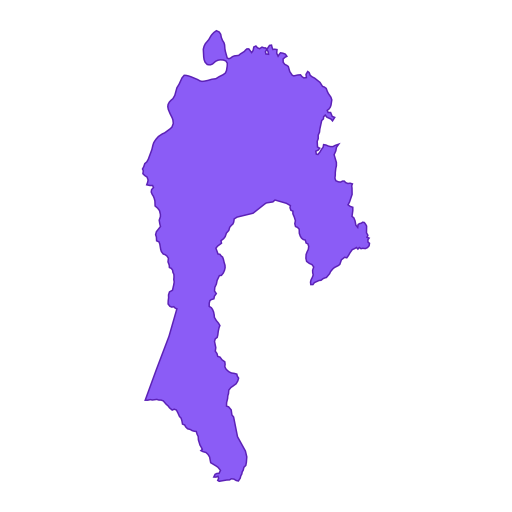 outline of Canoinhas, Santa Catarina, Brazil
{"feature_id": "56859067B63837267394953", "entity_name": "Canoinhas", "entity_type": "district", "adm_level": 2, "iso_a3": "BRA", "parent_name": "Brazil", "parent_adm1": "Santa Catarina", "projection": "equal_earth", "projection_center": [-50.514, -26.306], "detail": "fine", "context": "isolated", "style": "filled", "palette": "violet", "viewbox_px": 512, "rotation_deg": 0, "n_neighbors": 0, "source": "geoboundaries", "source_scale": "gbopen_adm2", "svg_char_len": 6015}
<svg xmlns="http://www.w3.org/2000/svg" viewBox="0 0 512 512"><path d="M142.5,169.0L143.3,170.8L142.9,173.7L144.7,175.5L147.1,177.1L148.1,180.0L147.6,182.4L146.7,184.8L149.9,185.5L152.6,185.5L153.5,187.5L151.6,189.6L151.2,192.0L152.2,194.4L153.3,196.1L154.1,198.0L154.9,200.9L155.1,206.0L157.6,208.1L159.5,210.6L160.4,214.4L160.4,216.7L159.2,220.2L159.8,223.8L160.5,226.5L156.4,231.7L155.6,234.7L156.4,237.1L156.6,240.8L159.0,241.9L159.8,244.1L160.7,249.5L161.4,251.6L163.2,254.0L165.2,254.7L166.9,256.0L168.4,258.2L168.0,261.9L169.2,265.0L169.4,267.5L171.3,268.4L172.6,270.2L172.9,272.3L173.9,274.4L174.0,277.0L173.8,279.5L174.2,282.0L173.7,284.9L172.5,290.2L169.5,291.9L168.5,294.9L168.6,297.7L168.2,300.8L168.1,304.0L169.9,306.3L171.8,307.1L173.7,306.7L175.3,308.2L176.9,308.8L169.0,336.3L156.4,369.5L145.2,400.2L147.7,400.2L150.3,399.6L152.3,400.0L156.9,399.4L158.6,400.0L161.1,400.1L163.3,400.9L166.3,404.4L168.0,405.8L169.5,407.8L172.2,410.1L174.2,409.2L176.4,410.0L177.9,412.9L179.5,416.5L181.1,418.2L181.9,420.8L182.5,424.1L184.7,425.0L185.6,426.8L187.6,428.8L190.3,429.5L192.1,430.6L194.1,431.2L196.3,431.5L197.1,434.3L198.2,436.5L198.4,439.9L200.0,445.1L201.4,447.5L202.3,449.3L200.9,450.6L202.9,451.6L206.0,452.5L208.0,454.4L209.6,457.0L210.7,462.7L216.0,465.9L217.9,467.2L220.5,470.4L219.0,473.4L217.0,473.4L215.1,474.3L213.8,477.0L216.0,477.1L218.0,476.3L218.6,478.4L217.7,480.4L219.2,481.3L226.8,480.0L229.5,479.9L231.4,478.8L233.9,479.1L236.2,480.5L238.4,481.0L240.2,478.2L240.8,475.8L241.8,474.0L242.2,471.9L243.2,470.2L243.9,467.3L245.8,465.4L246.4,462.2L246.8,456.9L245.4,451.0L237.5,436.7L233.6,417.0L231.9,414.9L231.2,409.9L228.6,406.8L226.5,406.1L226.6,402.6L227.6,398.5L227.8,395.8L228.5,393.6L228.8,390.1L230.8,387.6L236.1,383.8L237.8,380.9L238.6,378.1L237.3,376.2L236.8,374.1L234.3,373.4L231.5,373.0L229.3,372.0L227.4,370.5L225.8,368.8L224.8,366.6L225.1,364.4L224.8,361.8L222.0,359.8L220.0,357.1L217.7,356.4L217.0,353.6L215.3,351.2L215.8,347.6L214.5,341.4L215.3,338.8L217.2,337.4L217.8,334.9L218.3,331.0L219.1,327.5L219.9,325.6L218.5,323.2L216.4,320.7L214.4,317.4L214.2,315.1L213.6,312.0L212.5,309.4L211.3,307.7L209.2,306.4L209.2,303.3L209.9,300.6L211.3,299.6L213.9,298.8L214.4,296.2L216.3,293.6L214.5,291.0L214.8,287.4L216.4,284.0L217.1,280.4L219.4,275.6L221.4,275.4L223.3,273.0L224.5,270.3L225.1,267.7L225.0,265.3L224.1,262.3L223.4,259.3L222.6,257.1L221.1,255.9L219.9,254.3L218.0,254.0L215.9,248.2L217.6,246.1L221.5,243.2L221.0,240.7L223.6,238.7L225.2,236.6L226.4,233.1L228.8,230.4L229.7,227.3L231.4,225.3L232.9,224.0L233.7,222.1L234.2,218.9L237.1,217.1L253.1,213.2L264.7,204.0L266.4,202.9L272.9,201.9L275.0,200.0L286.4,203.3L290.4,205.6L290.0,207.7L290.9,210.3L292.9,211.1L292.9,213.8L294.3,217.1L295.4,220.7L294.8,223.7L295.5,226.5L297.5,227.4L299.2,229.2L299.3,233.3L300.3,236.2L301.5,238.1L303.2,239.5L305.3,240.1L306.1,243.0L307.9,243.9L308.7,246.4L308.3,249.4L307.2,251.6L306.1,254.5L305.9,258.3L306.6,261.4L309.3,263.4L312.0,264.6L313.7,267.0L312.6,270.3L312.7,272.7L313.2,274.9L312.4,277.2L311.0,280.0L310.5,282.1L310.8,284.6L312.9,284.6L314.4,282.6L319.0,280.5L321.0,280.3L323.0,278.7L324.8,277.9L326.4,277.5L329.6,273.7L330.5,271.7L332.9,268.8L334.5,267.5L338.4,265.5L339.8,264.4L341.4,259.8L344.6,257.3L346.8,257.8L348.4,255.6L350.1,252.6L352.3,249.6L354.6,248.6L356.4,247.5L357.9,249.1L359.3,247.5L361.0,248.7L362.7,248.3L365.3,248.6L367.5,247.6L369.1,245.8L369.5,243.3L368.0,242.1L367.9,239.7L369.1,238.1L367.0,237.3L367.9,235.3L366.5,232.8L366.6,226.1L365.7,224.4L364.3,222.5L362.7,222.2L361.3,223.2L359.6,223.6L358.1,224.5L357.7,227.4L355.9,225.2L355.0,220.7L353.8,217.8L352.0,216.4L352.8,210.6L352.8,207.3L350.2,206.4L348.0,204.8L349.5,202.1L352.1,194.4L352.0,188.0L351.7,185.8L352.4,183.9L350.1,183.2L347.9,183.5L345.7,182.6L344.3,181.1L342.5,181.1L340.5,182.1L338.3,181.8L335.8,180.7L334.9,178.1L335.3,175.2L335.3,172.6L335.8,168.3L336.4,165.8L336.4,162.5L334.1,154.7L335.8,150.9L336.5,147.3L338.7,144.2L335.2,145.4L332.9,146.6L330.6,146.6L328.4,146.1L325.9,145.0L323.6,144.6L323.1,147.3L321.6,149.2L319.9,152.1L317.9,154.5L316.3,154.1L315.8,151.2L318.2,150.1L319.7,148.2L317.5,147.0L317.2,141.3L318.2,138.7L318.2,135.1L319.5,132.2L319.8,129.2L321.7,120.5L323.4,118.9L323.6,116.8L325.2,115.1L326.9,117.2L331.0,119.1L332.5,120.9L334.7,117.4L332.2,116.4L330.6,112.5L328.1,112.5L327.2,110.4L329.0,109.0L330.3,107.1L331.0,105.1L331.8,99.9L330.9,97.2L328.4,93.6L327.3,91.4L326.2,88.4L324.3,87.0L322.5,86.4L320.0,82.4L314.6,78.1L312.2,76.9L310.2,75.3L309.1,72.5L307.7,71.5L306.0,74.4L306.4,77.6L303.8,77.9L301.9,76.6L300.5,74.8L297.8,75.0L293.8,75.9L292.3,75.3L289.8,71.7L288.3,66.5L286.7,65.3L284.8,64.4L283.2,62.3L283.1,59.0L285.0,57.3L286.9,56.3L285.3,54.1L282.9,53.2L280.5,52.8L279.2,54.4L278.1,56.2L276.7,53.2L277.0,49.6L274.6,49.2L272.9,49.5L272.1,47.5L271.5,45.1L269.5,45.4L266.8,49.5L265.7,47.9L264.1,47.9L262.0,47.1L259.6,48.7L257.5,47.8L255.9,46.0L253.8,47.0L253.1,50.5L251.6,52.6L248.8,48.9L246.9,48.9L245.6,50.0L244.3,51.5L240.3,54.0L238.7,55.4L234.4,55.9L232.4,56.7L230.3,58.3L228.7,58.7L227.2,58.0L225.4,51.5L224.9,48.9L224.6,44.9L224.0,42.8L222.5,40.4L221.3,37.4L220.7,34.3L219.2,32.0L216.4,30.7L213.9,32.5L211.9,34.6L210.8,36.1L208.8,39.6L205.4,43.6L204.1,46.2L203.3,49.2L203.7,56.8L204.1,59.6L205.1,62.2L207.2,64.5L208.9,64.8L210.5,64.8L212.5,64.0L215.6,61.3L218.0,60.2L220.4,59.8L223.3,60.0L225.8,60.9L227.3,63.2L227.2,66.1L226.5,70.5L225.4,73.0L223.1,74.7L219.1,76.7L215.9,78.7L211.7,79.3L208.0,80.4L204.1,81.2L201.9,81.4L200.0,80.9L197.5,79.5L191.3,76.9L188.7,76.0L186.1,75.4L184.2,75.3L182.0,77.9L179.1,84.2L176.9,87.8L174.8,95.4L172.9,98.7L171.2,100.1L169.4,102.0L168.1,104.4L167.8,106.6L168.3,109.4L170.0,113.5L172.2,117.9L172.9,119.9L173.3,123.4L172.0,127.0L170.3,128.7L164.6,132.9L162.3,133.9L158.4,136.5L156.1,139.1L154.7,141.1L153.7,142.8L152.9,145.2L151.9,149.5L148.3,159.2L146.8,161.9L144.8,163.6L143.7,166.8L142.5,169.0ZM266.8,49.5L268.1,51.6L268.5,54.3L265.9,54.0L265.4,51.7L266.8,49.5Z" fill="#8b5cf6" stroke="#5b21b6" stroke-width="1.5"/></svg>